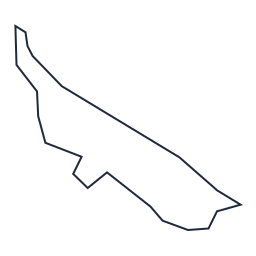 map outline of Rojas (Robinson projection)
{"feature_id": "LVA-5722", "entity_name": "Rojas", "entity_type": "Municipality", "adm_level": 1, "iso_a3": "LVA", "parent_name": "Latvia", "parent_adm1": "", "projection": "robinson", "projection_center": [22.732, 57.524], "detail": "fine", "context": "isolated", "style": "outline", "palette": "slate", "viewbox_px": 256, "rotation_deg": 0, "n_neighbors": 0, "source": "natural_earth", "source_scale": "10m", "svg_char_len": 370}
<svg xmlns="http://www.w3.org/2000/svg" viewBox="0 0 256 256"><path d="M25.5,32.3L27.5,46.0L32.6,56.0L61.8,86.2L179.5,157.4L217.2,190.4L240.6,204.7L217.0,211.3L208.5,228.5L188.0,230.0L162.6,220.7L150.5,206.6L107.0,172.4L87.7,188.0L73.2,173.9L81.6,156.8L45.4,142.8L38.2,116.3L37.0,91.4L16.5,64.9L15.4,26.0L25.5,32.3Z" fill="none" stroke="#1e293b" stroke-width="2"/></svg>